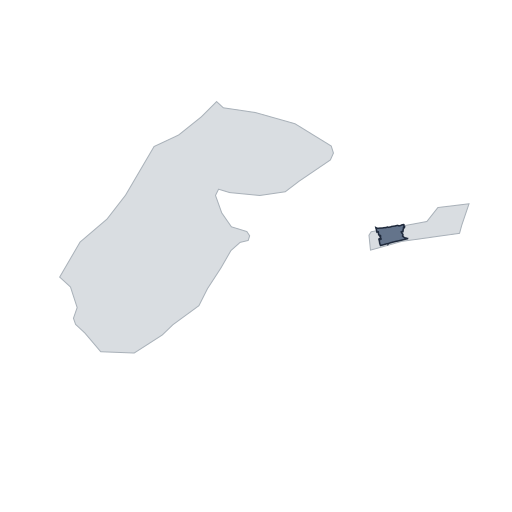 Gaza, Gaza Strip, Palestine shown in context, rotated 217°
{"feature_id": "87354302B92317438543703", "entity_name": "Gaza", "entity_type": "district", "adm_level": 2, "iso_a3": "PSE", "parent_name": "Palestine", "parent_adm1": "Gaza Strip", "projection": "albers", "projection_center": [34.448, 31.487], "detail": "fine", "context": "in_parent", "style": "filled", "palette": "slate", "viewbox_px": 512, "rotation_deg": 217, "n_neighbors": 0, "source": "geoboundaries", "source_scale": "gbopen_adm2", "svg_char_len": 4430}
<svg xmlns="http://www.w3.org/2000/svg" viewBox="0 0 512 512"><g transform="rotate(217 256 256)"><path d="M400.1,121.0L404.9,161.3L397.2,195.9L396.8,226.1L403.3,282.1L390.6,306.1L383.4,334.3L380.4,355.6L371.3,354.7L342.6,370.3L304.4,385.1L262.1,389.1L256.1,384.8L254.4,377.5L266.6,341.7L271.3,324.9L289.4,306.6L315.2,290.8L326.1,286.8L324.8,280.0L309.3,269.8L293.2,264.5L278.0,270.0L273.2,268.3L271.6,263.7L276.9,257.3L279.3,245.3L276.8,225.3L275.1,200.8L271.7,182.0L281.0,151.2L283.3,136.6L294.9,105.2L322.4,86.1L346.3,91.5L358.9,92.8L364.3,96.4L367.8,107.2L385.5,119.6L400.1,121.0ZM168.1,329.6L178.3,340.6L178.6,344.7L140.3,386.4L139.9,404.2L117.3,425.9L110.2,404.4L107.1,396.6L148.4,355.4L168.1,329.6Z" fill="#d9dde1" stroke="#a8b0b8" stroke-width="1"/><path d="M162.9,339.3L162.7,339.5L162.5,339.9L162.3,340.2L162.1,340.3L162.0,340.5L161.8,340.6L161.4,341.2L160.6,342.2L160.3,342.7L160.0,343.0L159.9,343.1L159.7,343.4L159.3,344.0L159.0,344.3L158.9,344.5L158.7,344.8L158.4,344.9L158.3,345.0L158.2,345.0L157.8,345.1L157.7,345.0L157.7,345.3L157.8,345.4L157.8,345.5L157.7,345.7L157.6,345.8L157.5,346.0L157.4,346.3L157.1,346.7L156.8,347.1L156.6,347.4L156.4,347.7L156.4,347.8L156.2,348.0L155.9,348.3L155.7,348.6L155.4,349.0L155.2,349.3L154.8,349.7L154.5,350.1L154.0,350.7L153.8,351.0L153.6,351.2L153.5,351.4L153.3,351.6L153.1,351.8L152.9,352.1L152.4,352.6L152.0,353.0L151.7,353.4L151.4,353.7L151.1,354.1L150.7,354.6L150.4,354.9L150.2,355.2L149.9,355.5L149.6,355.9L149.3,356.3L149.1,356.4L148.9,356.7L148.7,357.0L148.4,357.4L148.2,357.7L147.9,358.0L147.5,358.5L147.2,358.8L146.9,359.1L146.7,359.5L146.3,359.9L146.2,360.0L145.9,360.4L145.4,361.0L145.5,361.2L145.8,361.0L145.9,360.9L146.0,360.9L146.3,360.8L146.5,360.8L146.6,360.7L146.8,360.7L147.0,360.6L147.3,360.5L147.5,360.4L147.7,360.2L147.8,360.1L148.0,360.1L148.3,360.0L148.6,360.0L148.8,360.0L149.0,360.0L149.3,360.0L149.6,360.0L149.9,360.0L150.0,360.1L150.3,360.1L150.6,360.0L150.8,360.0L151.0,360.1L151.1,360.3L151.1,360.6L151.2,360.9L151.2,361.2L151.5,361.5L152.0,361.8L152.4,361.9L152.8,362.0L153.0,362.0L153.7,362.2L153.8,362.2L154.1,362.4L154.5,362.7L154.2,363.0L153.9,363.2L153.8,363.3L154.0,363.4L154.0,363.5L153.9,363.5L153.3,363.9L154.4,365.8L154.5,365.8L154.6,366.0L154.7,366.3L154.6,366.6L154.7,367.0L154.8,366.9L155.0,367.4L155.2,367.5L155.4,367.5L155.5,367.6L155.5,367.8L155.0,367.9L155.1,368.3L154.7,368.3L154.8,368.8L155.1,368.9L155.9,369.2L157.0,369.5L156.9,370.0L157.0,370.0L157.1,369.9L157.3,369.7L157.5,369.5L157.6,369.3L157.9,369.0L158.0,368.8L158.2,368.7L158.3,368.5L158.3,368.4L158.4,368.1L158.5,368.0L158.6,367.8L158.7,367.6L158.9,367.4L159.0,367.2L159.2,366.9L159.3,366.7L159.8,366.3L160.0,366.2L160.3,366.0L160.4,365.9L160.7,365.9L160.9,365.8L161.0,365.8L161.3,365.7L161.8,365.2L162.4,364.4L162.6,364.2L162.8,363.9L162.9,363.6L163.3,363.3L163.6,363.1L164.5,362.1L165.0,361.7L165.3,361.4L165.5,361.2L165.6,360.9L165.7,360.7L165.9,360.4L166.1,360.1L166.4,359.8L166.6,359.6L167.2,358.9L167.5,358.6L167.8,358.4L168.1,358.4L168.3,358.4L168.8,357.8L169.0,357.3L169.3,357.0L169.3,356.9L169.4,356.7L169.7,356.5L169.9,356.5L170.1,356.3L170.6,355.8L170.9,355.6L171.1,355.3L171.3,355.0L171.6,354.7L172.3,354.1L172.7,353.7L173.4,353.2L173.9,352.8L174.2,352.5L174.7,352.0L174.9,351.8L175.1,351.7L175.5,351.4L175.7,351.2L175.9,351.1L176.1,351.1L176.4,351.0L176.8,350.9L177.4,350.8L176.8,350.3L176.4,350.0L175.6,349.5L175.5,349.4L175.4,349.3L175.4,349.2L175.2,349.1L174.8,348.7L174.6,348.6L174.5,348.4L174.4,348.4L174.2,348.2L173.9,348.0L173.7,347.8L173.5,348.1L173.4,348.2L173.2,348.6L172.9,348.9L172.4,348.4L172.1,348.1L171.7,347.6L171.5,347.4L171.4,347.3L171.3,347.2L171.1,347.1L170.9,346.9L170.7,346.7L169.8,347.1L169.6,346.8L169.4,346.9L169.0,347.1L168.8,347.2L168.6,347.0L168.7,346.9L168.8,346.7L168.5,346.5L168.7,346.2L168.4,346.1L168.2,346.0L168.1,345.9L167.9,345.7L167.8,345.8L167.7,345.7L167.4,345.5L167.2,345.4L166.9,345.1L166.7,345.0L166.6,344.9L166.6,345.0L166.3,344.9L166.3,344.7L166.5,344.6L166.7,344.4L166.8,344.4L167.1,344.3L167.3,344.2L167.4,344.3L167.5,344.2L167.6,344.3L167.7,344.2L167.9,344.1L168.0,344.0L168.0,343.9L167.9,343.9L168.0,343.8L168.0,343.7L167.9,343.6L168.0,343.5L168.0,343.4L167.9,343.3L167.7,343.2L167.1,342.8L167.1,342.7L166.6,342.3L166.1,341.8L165.4,341.2L165.2,340.9L164.9,340.6L164.7,340.5L164.5,340.4L164.3,340.2L164.2,340.2L163.7,339.8L163.2,339.5L162.9,339.3Z" fill="#64748b" stroke="#1e293b" stroke-width="1.5"/></g></svg>